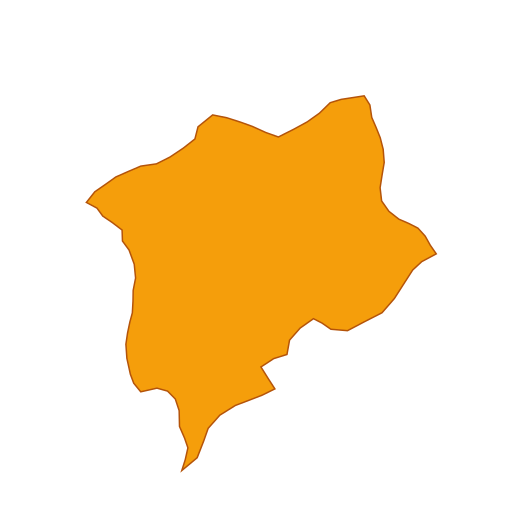 outline of Santa Rita de Minas, Minas Gerais, Brazil, rotated 238°
{"feature_id": "56859067B52773915344075", "entity_name": "Santa Rita de Minas", "entity_type": "district", "adm_level": 2, "iso_a3": "BRA", "parent_name": "Brazil", "parent_adm1": "Minas Gerais", "projection": "equal_earth", "projection_center": [-42.126, -19.875], "detail": "fine", "context": "isolated", "style": "filled", "palette": "amber", "viewbox_px": 512, "rotation_deg": 238, "n_neighbors": 0, "source": "geoboundaries", "source_scale": "gbopen_adm2", "svg_char_len": 1265}
<svg xmlns="http://www.w3.org/2000/svg" viewBox="0 0 512 512"><g transform="rotate(238 256 256)"><path d="M162.3,410.0L172.7,409.5L183.2,410.0L193.8,408.1L202.5,402.9L211.5,396.7L223.4,392.4L236.1,391.7L248.1,397.4L257.7,405.7L267.4,414.3L279.1,420.4L290.4,424.0L301.0,425.9L312.2,427.6L323.7,432.6L334.5,432.6L339.4,421.2L343.7,411.2L346.7,400.2L343.5,385.5L342.6,370.5L343.5,355.1L345.1,338.0L355.6,329.7L367.8,321.6L377.7,313.8L388.7,304.5L398.6,294.0L396.3,275.3L387.6,266.2L386.0,251.5L385.5,235.6L386.9,220.4L393.3,205.9L395.4,192.3L397.3,179.0L396.5,166.2L395.9,153.4L391.3,140.5L380.9,146.5L371.0,147.2L360.4,151.9L349.0,156.2L339.5,150.7L328.3,151.5L313.6,148.4L301.1,142.2L291.9,133.6L282.8,127.7L273.3,121.0L266.9,114.1L258.8,106.3L250.1,98.9L237.7,92.3L222.3,86.8L212.9,84.9L201.9,86.3L196.4,102.0L188.3,109.4L177.5,111.8L165.6,108.9L152.0,100.8L139.3,98.9L129.4,96.6L120.7,88.0L113.4,79.4L116.1,99.2L126.9,113.7L135.2,124.1L140.2,141.0L140.2,159.3L137.3,174.0L134.7,187.6L133.3,201.6L145.5,201.4L159.3,201.4L159.6,216.6L156.1,230.1L166.9,239.9L171.5,255.3L172.4,271.5L164.2,276.4L154.2,280.7L144.2,294.0L142.8,313.0L141.1,332.8L146.6,350.8L154.7,367.9L161.1,381.5L163.4,393.6L162.3,410.0Z" fill="#f59e0b" stroke="#b45309" stroke-width="1.5"/></g></svg>